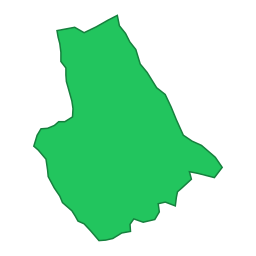 Agios Andronikos Trikomou, Cyprus (Robinson projection)
{"feature_id": "46923920B63709506451414", "entity_name": "Agios Andronikos Trikomou", "entity_type": "district", "adm_level": 2, "iso_a3": "CYP", "parent_name": "Cyprus", "parent_adm1": "", "projection": "robinson", "projection_center": [33.858, 35.342], "detail": "fine", "context": "isolated", "style": "filled", "palette": "green", "viewbox_px": 256, "rotation_deg": 0, "n_neighbors": 0, "source": "geoboundaries", "source_scale": "gbopen_adm2", "svg_char_len": 959}
<svg xmlns="http://www.w3.org/2000/svg" viewBox="0 0 256 256"><path d="M57.0,30.6L58.1,37.1L59.8,43.6L60.9,52.3L60.9,61.5L65.9,68.0L65.9,75.1L66.4,81.6L68.1,87.5L71.9,101.1L73.0,108.7L72.5,116.9L64.8,121.7L58.7,121.7L54.3,125.5L47.6,128.3L41.0,128.8L37.1,135.3L35.3,141.3L35.1,141.9L33.8,146.2L38.2,150.0L46.0,159.2L47.6,170.1L48.2,176.6L54.3,188.0L59.8,196.1L62.5,202.6L71.9,210.8L75.3,216.2L78.0,221.1L84.1,223.8L90.7,230.9L99.0,240.6L105.7,240.1L112.8,238.5L121.7,233.0L130.5,231.4L130.0,224.3L133.8,218.9L143.2,222.2L154.8,219.5L159.3,211.9L158.2,203.7L165.3,202.1L175.3,205.9L176.4,197.2L177.5,191.8L182.5,187.4L191.4,179.2L189.4,171.7L198.0,173.4L214.4,177.6L222.2,167.4L215.3,157.3L201.5,145.4L192.0,141.1L183.3,135.2L176.4,119.9L171.2,107.2L165.2,94.5L156.6,87.7L147.1,72.4L140.2,64.0L135.8,49.5L129.8,41.9L125.5,33.4L119.4,25.8L117.3,15.4L107.9,20.2L96.3,26.8L84.1,32.7L74.7,27.3L57.0,30.6Z" fill="#22c55e" stroke="#15803d" stroke-width="1.5"/></svg>